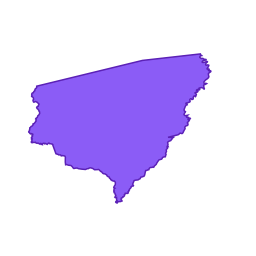 Rio Verde de Mato Grosso, Mato Grosso do Sul, Brazil, rotated 72°
{"feature_id": "56859067B91033371864986", "entity_name": "Rio Verde de Mato Grosso", "entity_type": "district", "adm_level": 2, "iso_a3": "BRA", "parent_name": "Brazil", "parent_adm1": "Mato Grosso do Sul", "projection": "equal_earth", "projection_center": [-54.894, -18.785], "detail": "fine", "context": "isolated", "style": "filled", "palette": "violet", "viewbox_px": 256, "rotation_deg": 72, "n_neighbors": 0, "source": "geoboundaries", "source_scale": "gbopen_adm2", "svg_char_len": 5852}
<svg xmlns="http://www.w3.org/2000/svg" viewBox="0 0 256 256"><g transform="rotate(72 128 128)"><path d="M106.0,221.8L106.6,221.6L106.9,222.2L107.3,222.4L107.5,222.9L108.2,222.6L108.5,223.0L108.8,222.7L109.0,223.1L109.5,222.9L109.9,223.1L110.6,223.5L110.9,223.9L111.3,223.6L111.7,224.3L112.2,224.1L112.5,223.1L112.4,222.5L112.9,221.2L113.0,220.4L113.7,220.2L114.0,219.9L114.5,219.1L114.5,218.4L114.8,217.9L115.9,217.1L115.7,216.5L115.7,215.7L116.0,215.5L116.3,215.9L116.7,215.8L116.9,215.1L117.3,214.6L116.7,214.5L116.4,214.2L116.6,213.8L116.4,213.0L116.7,212.4L117.2,212.3L117.1,211.6L117.3,211.1L117.9,210.8L118.2,210.2L118.6,209.9L117.8,208.3L118.1,207.6L118.7,207.4L119.2,206.1L119.6,205.7L119.9,205.0L120.5,204.6L121.1,204.8L130.2,204.5L130.5,203.8L131.0,203.6L131.5,202.7L131.8,202.3L132.2,202.2L132.6,200.7L133.1,200.3L133.9,200.1L133.9,199.0L134.3,198.5L134.4,197.9L135.0,197.0L135.5,196.6L137.0,196.7L137.5,197.0L141.1,198.2L143.7,198.7L143.8,197.6L144.9,196.3L145.9,194.1L146.2,193.7L147.7,192.9L148.9,192.6L149.8,192.0L150.0,190.1L150.4,188.7L151.3,187.8L152.8,184.8L154.3,181.3L154.1,179.5L154.2,178.9L154.4,178.5L154.1,177.2L154.3,175.8L155.7,173.9L157.3,172.8L158.1,170.2L158.3,168.9L158.8,168.4L160.9,167.4L161.2,166.8L163.4,165.9L164.1,165.1L164.5,164.1L165.9,162.9L166.3,162.7L166.9,162.8L168.1,162.0L168.9,161.0L169.9,161.1L170.6,160.5L171.6,160.4L172.1,160.2L172.4,159.6L172.9,159.6L174.0,158.3L174.1,157.6L174.4,157.3L175.0,157.0L176.1,156.9L178.0,157.6L178.7,158.6L180.0,159.9L180.4,159.9L181.2,159.1L181.4,159.9L182.7,160.6L183.2,160.8L183.7,160.5L184.1,161.1L184.7,161.0L185.2,161.2L185.6,160.8L186.0,160.6L187.5,160.7L188.0,160.4L188.4,160.4L188.7,160.8L189.3,161.1L189.7,161.9L190.2,161.7L190.6,161.1L190.6,160.4L192.8,161.0L193.3,161.0L193.8,160.8L194.1,161.2L193.9,161.7L194.2,162.3L194.6,162.6L195.1,162.5L196.0,161.6L195.8,161.2L195.4,161.1L195.1,160.4L195.3,159.1L195.7,157.6L195.5,157.1L195.6,156.3L195.0,156.2L194.0,156.7L192.6,156.1L192.5,155.5L192.6,154.9L192.4,154.4L191.8,154.1L192.0,153.5L191.6,152.7L191.3,152.2L190.4,152.2L189.8,150.9L189.3,150.8L189.5,150.0L190.0,149.1L190.0,148.4L189.8,147.8L188.8,147.8L188.6,147.0L188.3,146.7L187.6,146.6L187.5,145.9L186.6,145.4L185.6,143.5L184.7,143.1L184.5,142.4L184.8,141.0L184.5,140.6L183.3,140.9L182.7,140.8L179.9,138.4L179.9,137.2L180.4,134.8L180.4,134.0L180.1,133.4L180.0,132.2L178.7,130.9L178.9,129.5L178.8,128.5L178.9,127.8L177.9,126.7L174.4,124.7L173.9,124.2L174.1,123.6L174.1,122.8L173.9,122.1L174.1,121.6L174.1,121.0L173.1,120.4L172.6,119.5L172.5,118.9L172.8,117.7L172.9,117.1L172.8,116.5L173.3,115.7L172.2,114.5L171.9,113.7L171.3,112.4L170.1,111.3L168.0,108.6L167.9,108.0L168.0,105.7L167.6,105.0L167.0,104.6L166.6,103.8L166.7,102.1L166.9,101.4L164.7,99.9L164.2,100.1L163.5,100.0L162.3,98.7L160.6,98.4L160.1,97.8L159.5,96.7L159.2,96.5L158.3,96.8L157.9,96.5L158.1,95.6L157.7,95.7L157.3,96.1L156.8,95.5L156.3,95.1L154.0,94.8L153.6,94.3L153.2,92.9L153.2,91.3L152.5,90.3L152.1,89.6L151.6,89.4L151.0,87.9L149.2,92.8L149.9,82.6L149.8,81.8L149.0,80.2L149.1,79.7L149.8,78.8L150.0,78.2L149.8,77.7L149.5,77.2L147.6,75.4L146.5,74.1L146.0,73.8L145.1,73.9L144.5,73.4L143.9,72.1L144.0,70.9L143.8,70.3L143.1,69.8L142.5,69.7L141.6,70.0L141.0,69.7L140.7,68.6L139.6,67.3L138.6,66.5L138.3,65.8L137.9,65.9L137.8,66.6L138.3,67.2L138.8,67.6L138.9,68.1L138.5,68.3L136.7,67.1L136.3,67.6L136.3,68.5L135.8,68.9L134.9,68.5L134.3,67.3L134.0,69.8L132.7,70.6L132.3,70.5L131.4,69.7L130.7,68.7L130.1,68.3L129.6,68.9L129.1,69.1L128.3,69.1L127.6,68.8L125.0,66.7L124.2,65.6L124.2,64.5L123.6,64.5L122.8,65.4L122.4,65.3L122.2,64.7L122.5,64.1L122.5,63.6L122.4,63.1L122.4,61.8L122.3,61.1L121.9,60.7L121.4,60.6L120.4,60.6L120.0,60.4L119.6,59.7L119.6,59.2L119.8,58.8L120.6,58.5L120.7,58.0L120.7,57.5L120.4,56.9L119.1,56.6L118.2,55.7L118.0,55.1L118.1,54.5L119.0,54.3L118.8,53.8L117.2,52.6L116.3,52.8L115.8,53.3L115.3,53.4L115.0,52.7L115.3,51.3L115.2,50.7L114.8,50.2L114.4,50.2L113.6,51.2L113.2,51.2L112.9,50.7L112.8,50.1L113.1,49.6L113.5,49.3L113.8,48.7L113.6,47.9L113.1,47.7L112.4,48.4L112.1,48.2L112.0,47.5L112.1,46.5L112.3,45.5L112.7,45.1L113.1,44.1L114.0,44.1L114.5,43.6L114.1,43.2L113.3,43.3L110.8,42.9L110.4,42.4L110.5,41.6L110.1,39.5L109.5,40.1L109.5,41.2L109.1,41.7L108.6,41.9L107.5,41.4L106.1,39.1L106.1,38.4L105.1,36.0L104.2,35.2L102.7,35.1L101.2,34.8L100.9,34.3L100.4,33.3L100.2,32.2L99.8,31.7L99.2,31.7L98.9,32.1L98.5,33.4L98.2,33.7L97.8,33.6L97.3,32.7L96.8,32.9L96.5,34.4L96.1,34.5L95.2,33.6L94.7,32.8L94.0,32.2L93.7,31.9L93.2,31.8L92.8,32.3L92.5,33.0L92.6,33.8L92.3,34.4L91.8,34.6L90.9,34.1L90.1,33.3L89.8,32.2L89.4,32.0L89.1,33.0L89.1,35.2L89.0,36.0L88.7,36.8L88.4,37.1L88.0,37.0L87.3,36.1L87.1,35.0L87.5,32.8L87.0,32.6L86.4,33.6L86.0,34.5L85.7,34.9L85.1,35.1L84.8,35.6L84.6,36.6L84.1,37.2L83.0,37.9L82.6,37.8L82.3,37.5L81.9,36.9L81.8,36.3L81.9,35.5L81.5,35.7L81.2,36.2L80.7,36.5L79.9,36.3L68.2,93.4L60.0,201.9L61.2,202.3L61.6,202.7L62.1,204.0L62.4,204.4L62.9,204.6L63.3,205.1L63.8,205.1L63.9,205.6L64.2,206.0L64.4,206.5L65.2,207.1L65.1,207.9L65.4,208.6L66.2,209.2L67.4,209.3L67.8,209.8L68.3,209.9L68.9,209.2L70.0,208.7L71.5,208.9L71.8,209.4L72.2,209.8L73.5,209.9L74.1,209.8L74.4,209.5L74.2,208.0L74.4,207.5L75.0,207.0L75.3,206.5L75.7,206.4L77.5,205.3L78.2,205.5L78.5,206.0L79.6,206.7L79.5,207.2L79.7,207.9L80.0,208.0L80.2,208.5L81.2,208.5L81.5,208.4L81.9,208.0L83.9,207.3L84.3,207.5L85.5,207.1L86.5,207.5L86.9,207.5L88.1,208.9L88.5,210.0L89.9,211.0L90.4,212.6L90.8,213.0L91.3,212.6L92.1,213.1L93.0,213.3L93.1,213.8L93.5,214.0L94.7,215.8L94.7,216.9L95.2,216.9L95.5,217.2L95.7,217.7L96.2,217.9L96.6,219.2L96.6,219.7L97.4,220.8L97.5,221.4L98.8,221.8L99.2,222.2L99.7,222.3L100.9,223.6L101.5,223.6L101.8,223.2L102.8,223.0L103.3,222.7L103.7,222.2L103.4,221.9L103.6,221.4L104.4,220.5L104.9,220.6L105.3,220.8L105.4,221.5L106.0,221.8Z" fill="#8b5cf6" stroke="#5b21b6" stroke-width="1.5"/></g></svg>